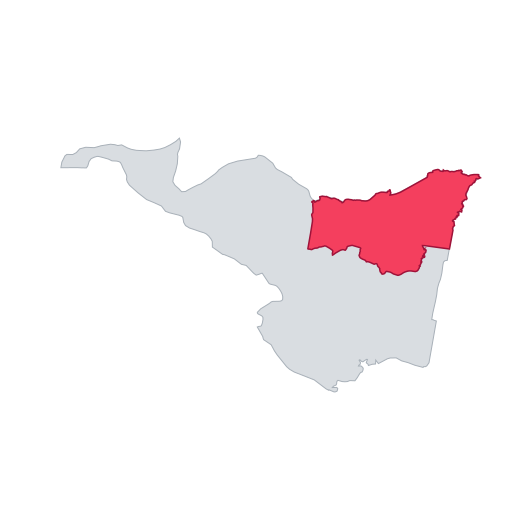 location of Est within Cameroon, rotated 280°
{"feature_id": "CMR-1481", "entity_name": "Est", "entity_type": "Province", "adm_level": 1, "iso_a3": "CMR", "parent_name": "Cameroon", "parent_adm1": "", "projection": "natural_earth1", "projection_center": [14.383, 3.885], "detail": "fine", "context": "in_parent", "style": "filled", "palette": "rose", "viewbox_px": 512, "rotation_deg": 280, "n_neighbors": 0, "source": "natural_earth", "source_scale": "10m", "svg_char_len": 9712}
<svg xmlns="http://www.w3.org/2000/svg" viewBox="0 0 512 512"><g transform="rotate(280 256 256)"><path d="M136.4,351.0L137.3,348.1L144.1,334.9L148.4,313.7L150.3,308.7L152.3,305.4L162.2,294.1L165.8,290.6L171.2,286.4L174.9,278.1L176.2,277.3L177.9,276.6L186.3,269.6L187.1,270.9L187.6,272.6L188.3,273.4L191.0,273.9L194.8,273.9L196.9,273.4L198.1,272.0L199.3,268.1L200.0,267.3L200.8,267.1L204.9,269.9L211.7,277.5L213.4,278.9L214.2,280.4L215.6,287.4L216.5,289.1L217.9,289.8L220.6,289.4L223.3,288.2L225.7,286.4L228.1,284.1L229.7,282.0L230.4,280.4L230.8,274.7L231.3,273.5L240.1,265.2L239.9,264.4L238.5,262.1L237.2,259.5L238.5,256.9L239.9,254.9L245.0,248.0L245.3,243.0L249.4,235.2L251.8,224.8L251.8,222.8L257.2,211.5L262.8,210.4L264.9,208.8L267.4,206.0L269.0,203.4L269.8,200.9L270.4,196.1L271.3,190.6L272.0,185.7L273.7,181.3L276.5,179.0L281.3,177.2L282.1,176.3L282.8,173.3L283.5,163.5L284.3,159.1L288.8,154.2L290.8,146.5L292.6,138.4L297.8,128.7L303.8,119.0L306.6,116.4L308.9,115.2L311.6,115.0L313.4,114.3L319.9,109.5L322.6,107.8L324.6,106.2L325.1,104.7L325.3,102.6L324.7,97.6L325.8,93.9L326.4,88.2L326.7,83.7L326.5,82.2L325.2,79.6L323.3,76.8L320.1,75.2L315.6,74.7L313.3,73.7L312.5,68.6L312.1,65.4L309.1,48.5L314.8,48.5L321.5,50.5L323.2,52.1L324.1,57.9L326.6,61.1L330.9,63.8L333.5,69.4L334.6,77.9L337.0,83.0L337.5,83.8L340.8,93.3L341.1,97.7L340.8,100.7L342.1,104.4L340.1,110.7L339.4,114.5L339.3,119.9L340.5,129.5L342.5,136.8L344.6,142.8L347.0,147.4L350.8,152.5L355.0,157.2L358.8,160.1L355.2,161.9L348.3,162.1L344.4,161.1L342.5,161.0L340.6,161.7L333.2,162.5L325.8,162.1L318.9,161.0L314.7,161.2L311.5,164.0L308.9,168.3L306.4,171.6L307.3,175.4L309.1,177.4L312.7,182.0L315.9,186.4L317.5,189.4L323.9,195.8L330.0,201.6L332.9,203.7L334.0,204.1L337.4,207.4L342.0,212.9L346.3,221.4L352.2,238.5L353.5,239.9L355.6,240.8L355.8,242.6L355.7,245.3L355.1,247.5L350.3,256.4L346.1,259.9L344.9,261.9L343.3,267.1L339.5,277.3L337.9,278.7L334.1,285.6L331.0,294.3L330.2,295.6L329.0,296.7L324.6,298.8L323.1,299.9L320.9,302.6L320.6,304.3L321.6,306.8L322.8,308.8L325.2,308.8L326.4,310.7L326.4,324.1L325.4,326.1L325.4,327.0L324.9,329.3L324.7,331.9L325.1,332.9L325.9,333.8L327.2,335.6L327.8,339.7L329.3,354.2L330.0,356.5L331.2,358.1L335.1,361.3L339.1,365.4L340.4,368.0L341.2,372.4L342.7,375.9L342.7,377.0L342.0,377.5L339.5,377.8L340.4,380.3L342.5,384.7L352.8,398.1L362.7,410.1L365.1,411.0L366.8,411.2L367.6,411.9L368.5,413.7L371.8,418.0L372.4,420.5L371.7,422.9L372.4,426.7L373.0,428.0L372.8,429.2L373.2,433.8L374.1,437.8L375.6,441.2L375.3,443.6L373.4,444.9L372.3,447.1L372.0,450.2L372.6,454.0L374.0,458.4L374.1,461.0L371.7,462.8L369.0,459.7L366.1,457.7L361.7,454.1L357.3,452.8L351.5,452.6L349.1,453.0L344.8,450.1L343.5,449.7L341.6,450.9L340.3,451.0L338.6,450.5L335.4,450.6L335.1,448.5L334.5,448.1L331.0,448.3L329.9,446.6L329.4,446.7L328.1,446.2L325.2,443.8L322.2,445.4L316.1,445.2L284.9,445.1L284.2,442.9L282.6,441.7L279.8,441.6L271.5,442.0L265.2,441.7L260.9,440.8L255.7,440.3L249.1,440.7L242.4,440.6L230.5,440.0L223.9,440.1L224.0,441.5L223.6,442.5L223.3,444.9L180.9,444.9L177.5,443.3L176.5,442.2L176.1,440.2L175.3,439.9L176.0,431.4L177.4,424.3L178.0,417.7L180.0,411.8L178.9,406.0L177.7,403.4L171.3,395.2L174.3,392.0L170.4,392.5L169.6,389.4L167.7,385.7L168.9,385.1L170.0,383.1L173.5,383.7L173.4,382.7L170.3,379.6L170.6,378.1L171.9,376.3L171.3,375.6L169.1,377.4L167.5,377.4L166.3,376.2L165.4,376.0L166.0,378.4L164.8,380.5L163.6,381.2L161.6,381.1L160.0,380.5L159.6,379.4L158.1,378.5L153.9,376.9L150.3,375.1L149.6,370.0L148.2,367.8L147.6,365.4L147.3,362.6L147.8,358.3L146.9,357.6L145.8,357.4L144.3,357.6L142.9,357.3L141.2,354.9L139.7,354.0L140.6,358.4L139.5,359.6L137.0,359.3L135.9,357.6L135.7,356.4L136.9,351.1L136.4,351.0Z" fill="#d9dde1" stroke="#a8b0b8" stroke-width="1"/><path d="M375.4,442.0L376.2,442.6L376.3,442.9L376.1,443.3L374.8,444.4L374.2,443.7L373.6,443.6L373.1,444.0L372.9,444.8L372.5,445.6L372.4,446.0L372.5,446.5L372.7,447.1L372.6,447.6L372.3,447.7L372.2,447.9L372.2,448.3L372.4,449.0L372.4,449.3L371.9,450.1L371.8,450.4L371.8,451.8L372.0,452.0L372.4,452.3L373.0,453.4L374.1,456.6L374.8,460.6L374.7,461.2L374.4,461.4L373.7,461.1L373.4,461.2L372.0,463.5L370.8,461.7L370.5,461.1L370.5,460.7L370.6,460.0L370.5,459.6L370.2,459.3L369.9,459.1L369.5,459.1L369.2,459.3L368.7,459.1L368.0,458.9L367.6,458.7L367.5,458.1L366.7,458.5L366.4,458.5L366.2,458.2L366.1,457.7L365.9,457.4L364.9,456.7L364.0,456.3L363.6,456.1L362.4,454.3L362.2,454.2L361.5,454.0L361.1,453.8L360.7,453.6L357.6,453.1L355.0,452.2L353.6,451.9L352.2,452.1L350.6,453.2L350.0,453.4L349.4,453.8L349.0,453.8L348.1,453.4L347.9,453.0L347.9,452.9L348.0,452.2L347.9,452.0L347.7,451.7L347.5,451.4L346.2,450.9L345.9,450.1L345.8,449.9L345.1,449.6L344.2,449.9L343.2,449.5L342.8,450.6L342.3,450.4L342.1,450.4L341.8,451.0L341.3,451.6L340.8,451.7L340.4,451.1L339.8,451.3L339.3,451.2L337.8,449.8L337.5,449.7L337.3,450.6L337.0,450.8L336.3,450.9L335.1,450.8L335.2,449.9L335.5,448.9L334.9,448.4L334.8,448.0L334.4,447.3L334.0,446.8L333.7,447.0L333.7,447.9L333.5,448.2L333.0,448.4L331.1,448.6L331.0,448.4L331.0,447.4L330.2,447.5L329.9,447.4L330.1,447.3L330.5,446.9L329.7,446.4L329.5,446.5L329.7,447.4L329.2,447.2L328.6,446.4L328.1,446.1L327.3,446.2L327.0,446.0L327.3,445.4L326.5,445.0L325.5,443.7L324.7,443.4L324.2,444.0L324.3,444.6L324.2,445.0L321.5,445.7L320.6,446.2L320.2,446.1L319.6,445.4L319.1,445.1L317.1,444.8L315.7,445.4L315.4,445.5L296.5,445.3L295.5,420.3L295.2,418.1L294.4,418.4L294.1,418.6L292.9,419.7L292.4,419.9L292.4,420.2L292.7,420.8L292.3,420.6L291.8,420.4L291.5,420.4L291.4,420.9L291.6,421.9L291.5,422.3L291.1,422.5L289.2,422.5L288.9,422.3L287.7,421.5L287.4,421.1L287.2,421.0L287.1,421.4L287.0,421.5L286.3,421.5L286.1,421.3L285.5,420.5L284.9,420.1L284.6,420.1L284.3,420.5L284.3,420.8L284.7,421.9L284.9,422.2L284.5,422.3L284.2,422.2L283.9,422.0L283.8,421.1L283.5,420.8L282.8,420.5L282.8,420.0L282.5,419.5L282.1,419.3L281.7,419.7L281.3,419.6L280.8,419.7L280.5,419.5L280.0,419.4L279.5,419.5L279.2,420.2L279.0,420.3L278.8,420.2L278.6,419.5L278.4,419.5L278.2,419.8L278.1,420.0L277.6,419.8L276.2,419.4L275.6,419.4L275.1,418.7L274.8,418.5L274.2,419.3L273.8,418.9L273.3,418.8L272.3,418.8L271.8,418.6L271.3,418.3L270.5,418.2L270.1,417.8L269.3,417.4L268.4,415.8L268.3,415.4L268.2,411.3L267.9,409.5L267.4,407.9L266.2,405.6L265.4,404.4L263.2,402.0L262.2,400.5L261.7,399.4L261.6,398.8L262.2,394.4L263.1,392.2L263.4,391.1L263.5,390.2L263.5,388.1L263.5,387.4L263.4,387.0L263.1,386.7L261.2,385.7L260.6,385.0L260.2,384.0L260.1,383.6L260.2,383.1L260.3,382.8L260.5,382.6L260.8,382.5L261.3,382.2L261.8,381.3L262.2,381.0L264.3,380.1L265.0,380.1L265.5,379.6L266.2,379.0L266.5,378.4L267.1,377.7L267.5,377.4L268.3,377.1L268.9,376.7L269.2,376.4L269.3,376.0L269.3,375.6L269.2,375.3L268.5,374.0L268.5,373.4L269.6,369.2L269.8,367.7L269.8,366.9L269.4,365.7L270.5,364.7L270.9,363.8L271.4,361.4L271.9,359.9L272.3,359.1L272.6,358.6L274.1,357.6L274.5,357.4L274.8,357.4L276.1,357.7L277.4,357.6L277.8,357.6L278.5,357.9L278.9,357.9L280.0,357.5L280.4,357.5L280.7,357.5L281.4,357.8L281.8,357.8L282.0,357.6L282.3,357.0L283.2,348.9L282.7,347.5L281.6,344.9L281.1,344.3L280.7,344.1L280.0,344.1L279.2,343.9L277.6,343.2L277.2,342.9L277.2,342.6L277.4,341.2L277.4,340.7L277.2,339.9L276.6,338.7L276.2,338.0L272.7,333.8L270.6,331.8L270.2,331.2L271.8,330.7L273.8,330.8L274.3,330.7L274.7,330.5L274.9,330.2L276.4,327.2L277.8,323.4L277.9,322.4L277.9,321.8L277.3,321.0L277.0,320.1L276.4,318.9L276.0,317.6L275.9,317.0L275.8,316.7L274.8,315.5L274.6,315.1L274.4,314.7L274.0,313.0L273.8,312.5L273.0,311.1L272.2,310.1L272.0,309.7L271.9,309.1L272.1,308.0L271.9,306.8L272.1,305.8L287.3,305.8L299.6,305.6L302.5,305.2L305.8,303.8L306.2,303.7L306.8,303.7L308.3,304.4L308.9,304.5L313.1,303.8L316.1,303.0L317.7,302.9L318.1,302.7L318.6,301.9L318.8,301.6L319.1,301.6L319.4,301.7L319.9,302.5L320.6,302.9L320.7,303.1L320.3,303.9L320.2,304.0L319.7,303.8L319.3,304.1L319.2,304.3L319.3,304.6L319.5,305.1L320.2,305.9L320.6,306.3L321.1,306.8L321.3,307.4L321.4,308.1L321.7,308.6L322.2,309.0L322.7,309.0L323.7,309.2L324.2,309.1L325.0,308.5L325.4,308.5L325.8,309.3L326.0,310.0L326.4,310.7L326.6,314.5L326.9,315.3L326.6,315.8L326.2,317.8L325.7,319.4L325.6,320.0L325.6,320.6L325.8,321.1L326.2,322.0L326.4,322.5L326.5,323.0L326.4,324.1L326.3,324.5L325.9,325.5L325.8,326.1L325.8,327.1L325.7,327.5L325.2,327.7L325.2,328.0L325.0,328.6L324.7,329.2L324.5,329.3L324.4,329.8L324.3,330.4L324.0,331.0L323.6,331.4L323.4,331.5L323.5,331.9L324.0,332.6L324.6,333.0L326.0,333.6L326.6,333.9L327.1,334.5L327.5,335.3L327.7,336.1L327.9,336.9L327.9,338.8L328.0,340.2L327.8,341.5L327.7,342.2L327.9,342.6L328.2,343.3L328.1,344.2L328.6,345.4L329.1,348.8L328.9,350.1L328.7,350.7L328.9,351.3L329.1,354.1L329.6,355.8L330.4,357.3L331.5,358.6L336.5,362.6L337.9,363.1L338.2,363.4L338.4,363.7L338.7,364.7L338.9,365.2L339.9,366.7L340.4,367.7L340.7,368.7L341.0,370.9L341.1,373.0L341.3,374.0L341.6,374.3L342.1,374.2L342.6,374.4L342.8,375.0L342.9,375.5L343.1,375.7L343.5,375.7L344.0,375.8L344.4,376.1L344.4,376.5L343.8,376.8L343.1,377.0L341.9,377.7L341.3,377.8L340.8,377.7L339.8,377.4L339.2,377.4L341.1,382.5L343.8,387.1L363.1,410.8L363.3,410.9L364.0,411.1L364.6,410.8L364.8,410.8L365.2,411.1L366.6,410.9L367.1,411.1L367.7,411.7L368.2,412.5L368.5,413.2L368.9,415.0L369.1,415.4L369.2,415.5L370.0,415.3L370.3,415.3L370.6,415.5L370.9,415.8L371.5,416.9L372.7,419.7L372.8,420.6L372.5,421.5L371.7,422.5L371.6,423.4L371.7,424.6L371.7,425.2L371.8,425.5L372.5,425.4L373.3,425.5L372.7,426.6L372.6,427.0L372.7,427.7L373.2,429.0L373.3,429.7L373.2,430.4L372.7,431.7L372.6,432.5L372.8,432.9L373.2,433.8L373.3,434.4L373.3,435.8L373.6,436.9L374.0,437.8L374.8,438.9L375.0,439.6L375.0,440.3L375.1,440.5L375.7,440.9L375.7,441.2L375.5,441.7L375.4,442.0Z" fill="#f43f5e" stroke="#9f1239" stroke-width="1.5"/></g></svg>